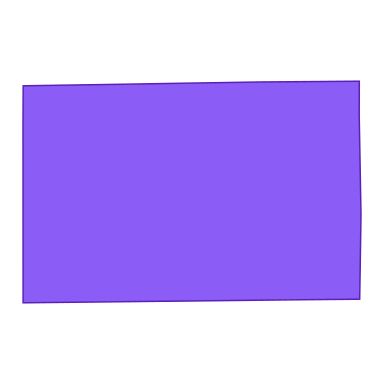 outline of Tipton, Indiana, United States of America
{"feature_id": "52423323B43901901323183", "entity_name": "Tipton", "entity_type": "district", "adm_level": 2, "iso_a3": "USA", "parent_name": "United States of America", "parent_adm1": "Indiana", "projection": "equal_earth", "projection_center": [-86.011, 40.311], "detail": "fine", "context": "isolated", "style": "filled", "palette": "violet", "viewbox_px": 384, "rotation_deg": 0, "n_neighbors": 0, "source": "geoboundaries", "source_scale": "gbopen_adm2", "svg_char_len": 268}
<svg xmlns="http://www.w3.org/2000/svg" viewBox="0 0 384 384"><path d="M359.7,299.2L361.0,215.0L359.2,114.3L359.3,81.2L259.2,82.0L184.1,83.2L125.4,84.2L23.2,85.8L23.0,119.7L23.1,302.8L294.6,299.8L359.7,299.2Z" fill="#8b5cf6" stroke="#5b21b6" stroke-width="1.5"/></svg>